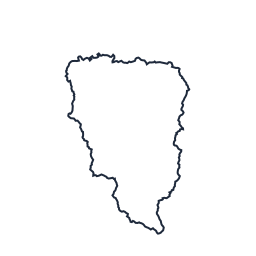 the district of Palestina de Goiás, Goiás, Brazil, rotated 302°
{"feature_id": "56859067B75882266623485", "entity_name": "Palestina de Goiás", "entity_type": "district", "adm_level": 2, "iso_a3": "BRA", "parent_name": "Brazil", "parent_adm1": "Goiás", "projection": "albers", "projection_center": [-51.453, -16.696], "detail": "fine", "context": "isolated", "style": "outline", "palette": "slate", "viewbox_px": 256, "rotation_deg": 302, "n_neighbors": 0, "source": "geoboundaries", "source_scale": "gbopen_adm2", "svg_char_len": 4673}
<svg xmlns="http://www.w3.org/2000/svg" viewBox="0 0 256 256"><g transform="rotate(302 128 128)"><path d="M83.4,113.4L82.6,115.3L80.5,115.7L78.8,115.9L77.8,116.8L76.1,116.4L74.6,117.4L72.8,117.9L72.5,119.6L72.2,121.6L71.2,122.9L70.0,123.3L69.1,123.8L70.3,124.7L70.9,125.7L70.6,127.0L71.3,127.8L72.3,128.7L73.4,129.4L74.5,130.1L74.8,131.7L75.0,133.2L75.0,134.4L75.2,135.6L74.6,136.7L74.9,138.4L76.5,140.2L77.7,141.4L77.3,143.0L78.1,143.7L76.9,144.6L76.3,145.6L75.3,147.4L74.4,148.2L73.3,149.5L71.8,149.6L70.5,149.7L69.2,150.2L68.0,150.3L66.7,149.9L64.3,150.7L62.7,150.5L62.1,151.9L61.7,153.2L62.1,154.6L61.3,155.8L60.9,156.8L60.2,157.8L59.6,158.7L58.3,159.3L57.2,160.8L55.8,161.6L55.5,162.6L54.1,163.7L53.6,165.5L53.8,167.2L55.0,168.2L55.3,169.8L55.0,171.4L55.1,173.4L53.8,174.0L52.5,174.0L52.5,175.4L52.4,176.7L51.3,177.9L50.8,178.9L49.8,179.9L50.2,181.1L51.8,181.4L52.0,182.8L51.6,184.7L52.5,186.4L53.9,187.5L53.9,188.7L54.3,189.6L54.5,191.4L54.2,192.9L53.5,194.6L53.7,196.4L54.0,197.7L54.1,199.6L54.0,201.1L56.2,202.3L55.9,203.3L55.8,205.5L55.6,206.5L54.6,207.9L54.3,209.4L55.4,210.5L56.7,211.3L57.8,211.4L58.9,211.8L59.9,212.0L61.1,211.6L62.5,211.1L63.2,209.9L63.5,208.6L64.1,207.4L65.3,206.2L66.5,205.1L67.3,203.2L68.0,202.3L69.1,200.9L69.8,199.6L70.5,198.0L71.8,197.1L73.7,197.0L75.2,196.1L76.4,196.1L77.2,195.3L78.3,193.8L80.7,193.8L81.6,193.2L82.5,192.6L84.0,193.8L85.0,194.9L85.9,195.3L86.8,194.5L88.0,195.7L88.4,196.8L89.0,198.0L91.0,198.8L92.4,199.4L93.3,198.5L95.0,198.5L95.4,197.3L97.0,198.5L98.5,198.1L99.5,199.2L101.0,198.6L102.1,198.4L103.6,198.6L104.6,197.8L105.9,197.4L107.6,196.5L108.8,197.3L110.7,197.8L112.5,197.9L114.7,197.4L115.1,195.7L115.7,194.4L116.7,193.6L118.2,192.9L119.6,192.4L120.7,192.4L121.7,192.6L123.0,191.5L124.1,191.1L124.4,189.3L125.7,188.9L127.9,188.7L129.0,187.9L130.0,186.7L131.6,186.7L132.5,185.7L133.9,185.4L136.2,185.6L137.5,184.9L137.1,183.1L137.2,181.6L137.7,180.7L138.5,179.3L138.5,177.9L138.0,177.1L138.1,175.8L139.1,175.0L140.9,174.3L142.6,174.5L144.3,173.2L145.5,172.9L147.1,172.2L148.8,172.7L149.3,171.6L150.4,172.1L151.9,172.4L152.9,173.4L154.4,172.9L155.8,174.3L156.1,175.4L156.9,174.8L156.9,173.6L157.7,171.8L158.1,170.5L158.4,169.5L159.5,169.2L160.6,168.4L161.2,166.5L163.7,166.0L165.0,165.6L166.8,166.0L168.0,166.9L169.5,167.1L170.6,166.9L171.3,165.6L171.7,163.6L172.7,163.1L175.6,162.9L176.9,162.4L177.4,160.9L179.2,160.4L180.9,160.5L183.1,160.1L184.6,160.1L186.3,160.0L188.1,159.6L189.7,158.9L190.8,158.3L192.2,159.4L193.3,159.4L193.8,157.9L194.8,157.0L195.7,155.7L195.7,154.5L197.0,153.6L197.7,151.7L198.2,150.2L199.2,148.7L199.0,147.4L199.9,147.1L200.2,146.1L200.3,145.1L200.7,143.6L201.9,142.8L202.5,141.7L203.5,140.9L205.4,140.5L205.6,139.2L205.3,138.2L204.3,136.8L203.9,135.3L203.2,132.9L204.6,132.7L205.5,131.4L206.2,130.6L206.1,129.0L205.3,127.7L203.3,127.3L202.3,124.4L201.5,122.3L201.1,121.2L200.8,120.2L199.1,117.9L198.2,116.9L198.5,115.4L197.5,115.1L196.0,113.2L195.1,111.5L193.9,110.9L192.0,110.2L193.0,108.9L194.0,106.2L193.1,104.3L192.7,103.1L192.9,102.0L193.2,100.8L193.2,99.5L192.0,98.3L190.7,97.8L188.7,98.3L187.0,97.0L185.3,95.5L185.0,93.8L183.5,93.4L182.6,92.9L182.2,91.5L181.4,90.3L181.1,89.1L181.3,87.9L181.5,86.8L180.6,86.1L178.7,84.8L178.9,83.1L177.6,81.7L176.4,81.1L175.5,80.1L176.4,79.4L178.9,79.3L180.1,79.4L181.8,78.2L182.2,76.6L180.8,76.5L179.4,76.1L178.8,74.8L179.0,73.4L178.6,71.6L177.2,69.4L176.8,67.9L175.4,67.3L174.6,66.0L175.3,65.2L175.7,63.7L174.2,63.1L173.5,64.5L172.5,65.0L171.2,64.3L170.2,63.1L169.2,61.4L170.0,59.6L167.6,58.7L167.1,60.4L165.0,59.9L165.8,58.4L166.0,57.1L165.7,55.9L164.6,55.2L163.4,54.5L162.1,54.2L162.1,52.6L163.1,51.1L163.4,49.5L162.5,48.5L161.4,48.3L160.5,49.1L159.1,50.7L157.7,49.2L156.8,47.5L156.1,46.5L155.2,45.2L153.7,44.4L151.6,44.0L150.0,44.5L149.0,44.7L147.3,44.5L145.4,44.9L144.5,45.5L143.5,45.3L142.3,46.4L141.8,48.1L140.3,47.9L139.0,47.7L138.7,49.6L137.6,50.4L136.5,50.9L135.8,52.9L137.3,53.9L136.5,54.6L135.8,55.5L134.1,56.9L133.3,58.3L131.4,59.1L130.4,60.4L129.6,61.3L129.9,62.5L128.9,63.4L128.1,64.7L126.8,64.7L126.3,65.8L124.9,66.4L123.6,67.4L121.9,67.2L120.2,67.5L119.0,67.7L117.4,69.5L116.1,70.2L114.6,71.0L113.5,71.6L112.3,71.9L110.8,71.9L109.6,71.7L109.4,70.7L108.4,70.2L106.6,70.9L106.2,72.2L106.0,74.3L106.7,75.7L107.4,77.1L106.9,78.7L106.4,79.7L107.5,81.3L107.1,82.8L106.4,84.6L106.2,86.0L104.9,86.6L103.2,87.0L102.2,88.9L101.4,89.9L100.7,90.8L100.9,91.8L100.0,92.5L98.7,93.4L97.2,94.2L96.2,94.2L95.5,95.1L95.2,96.6L94.4,97.3L94.6,98.4L95.1,99.8L94.8,101.3L93.6,101.4L92.6,102.4L90.9,103.5L91.0,105.0L90.1,105.8L90.6,108.6L89.0,109.0L88.0,109.9L86.1,110.2L84.5,111.6L83.4,113.4Z" fill="none" stroke="#1e293b" stroke-width="2"/></g></svg>